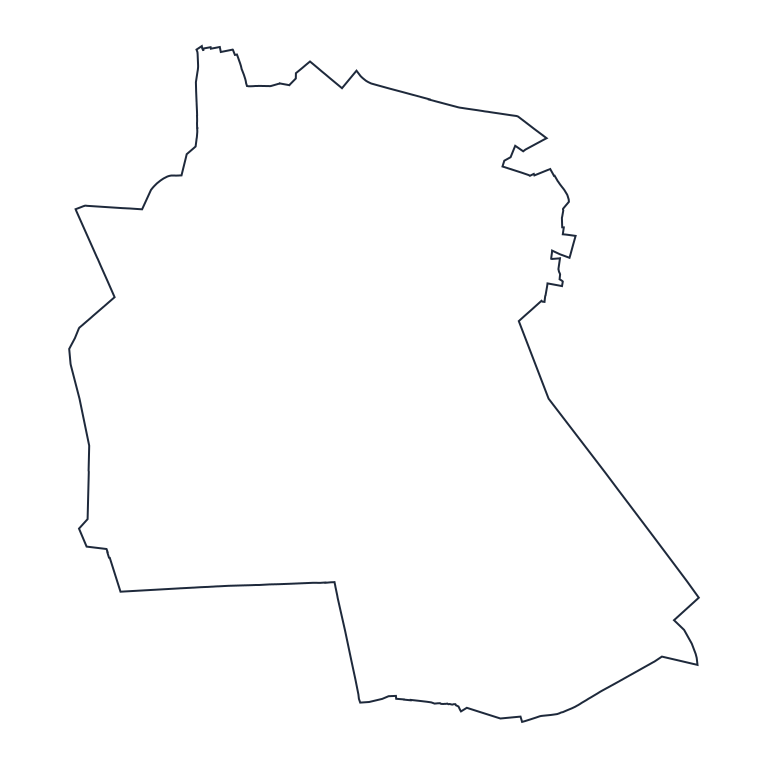 Woensdrecht, Noord-Brabant, Netherlands
{"feature_id": "6326949B40585384070761", "entity_name": "Woensdrecht", "entity_type": "district", "adm_level": 2, "iso_a3": "NLD", "parent_name": "Netherlands", "parent_adm1": "Noord-Brabant", "projection": "mercator", "projection_center": [4.343, 51.411], "detail": "fine", "context": "isolated", "style": "outline", "palette": "slate", "viewbox_px": 768, "rotation_deg": 0, "n_neighbors": 0, "source": "geoboundaries", "source_scale": "gbopen_adm2", "svg_char_len": 5770}
<svg xmlns="http://www.w3.org/2000/svg" viewBox="0 0 768 768"><path d="M120.5,591.7L179.0,588.4L180.2,588.3L182.5,588.2L190.3,587.8L192.1,587.7L194.3,587.6L197.3,587.4L200.7,587.2L205.3,587.0L208.2,586.9L211.3,586.7L213.4,586.6L216.2,586.4L219.2,586.3L221.1,586.2L226.8,585.9L228.9,585.8L242.8,585.4L250.6,585.2L255.7,585.0L259.1,585.0L267.8,584.5L269.7,584.4L278.5,584.2L289.4,583.8L313.1,582.8L313.6,582.8L316.1,582.8L319.9,582.9L320.2,582.9L321.0,582.8L325.4,582.5L325.4,582.8L328.6,582.5L329.6,582.4L330.8,582.3L333.4,582.2L334.5,582.1L334.8,583.6L335.3,586.0L335.4,586.7L337.2,595.3L337.7,598.1L341.2,613.6L345.1,630.8L351.3,660.3L355.4,679.4L358.4,694.4L358.9,698.8L360.2,702.6L369.1,702.0L382.2,698.9L388.6,696.2L395.9,695.9L396.2,698.8L403.9,699.4L403.9,699.6L410.7,700.3L410.7,699.9L420.5,701.0L426.4,701.7L429.4,702.1L431.3,702.4L434.6,703.6L437.7,703.3L439.8,703.2L440.0,703.2L440.1,703.3L440.3,703.5L440.6,703.6L440.9,703.8L441.1,703.8L441.3,703.9L441.5,703.9L443.2,704.0L444.2,703.9L445.4,703.9L446.2,703.8L447.3,703.6L448.1,704.1L448.3,704.2L448.5,704.2L449.8,704.0L450.8,704.3L451.7,704.5L452.3,704.6L453.7,704.2L455.4,704.2L456.0,705.3L457.5,706.0L458.5,706.5L460.1,709.9L461.0,711.4L466.5,708.0L466.8,707.8L479.0,711.7L500.4,718.5L520.5,716.6L522.1,721.9L525.0,721.1L530.7,719.3L532.5,718.7L536.2,717.5L538.8,716.6L540.3,716.1L540.6,716.1L541.1,716.0L541.6,715.9L542.0,715.9L542.5,715.8L550.6,715.0L553.5,714.6L556.3,714.2L556.9,714.1L557.5,714.0L558.4,713.6L559.2,713.4L561.1,712.5L562.9,712.1L566.1,710.7L568.5,709.7L570.2,709.0L571.9,708.3L575.3,706.7L576.8,705.8L577.8,705.3L579.8,704.1L582.1,702.6L583.5,701.8L586.4,700.1L588.4,698.8L591.2,697.2L594.2,695.4L597.4,693.5L600.1,691.8L602.4,690.5L617.2,682.4L626.8,677.0L641.8,668.6L653.4,662.1L654.4,661.6L655.0,661.2L661.9,656.6L678.3,660.4L697.5,664.9L696.7,657.9L695.7,654.0L691.8,643.7L684.1,629.9L674.0,620.2L698.8,597.7L687.0,581.3L665.2,552.2L648.8,530.4L617.6,489.1L605.7,473.2L568.0,424.0L548.6,398.7L518.8,321.1L524.7,315.8L529.8,311.3L541.5,300.8L542.0,301.4L542.3,301.6L542.9,301.7L544.5,301.9L545.2,296.0L545.5,295.6L547.2,285.8L547.5,283.4L558.4,285.4L562.0,286.1L562.8,281.6L562.7,281.4L562.5,281.2L562.1,280.9L561.3,280.3L559.6,279.3L560.1,274.3L560.0,274.0L559.7,273.2L559.0,271.7L558.9,271.3L558.7,270.4L558.6,269.7L558.5,269.4L558.4,269.2L560.0,258.2L559.9,258.2L559.7,258.4L557.9,258.5L552.9,258.9L552.1,259.0L551.6,258.9L551.4,258.8L551.3,258.7L551.2,258.7L551.2,258.3L551.5,255.9L551.9,253.1L552.1,250.6L560.0,254.3L563.3,255.5L569.5,257.8L570.3,255.1L573.1,244.8L575.6,235.9L568.4,234.9L566.1,234.6L565.2,234.5L562.8,234.3L563.8,227.4L562.2,227.3L561.9,217.8L562.2,216.6L563.3,210.4L563.0,209.6L563.1,208.7L565.1,206.3L568.9,201.8L568.7,199.4L567.4,195.2L567.0,194.4L564.4,190.1L563.3,188.6L562.1,187.1L560.8,185.4L560.1,184.5L558.2,181.7L557.7,181.1L557.1,180.0L554.6,175.7L554.0,175.9L553.0,174.0L550.2,169.0L542.3,172.2L534.4,175.4L533.8,173.9L530.3,175.6L529.9,175.8L528.8,175.1L521.5,172.6L502.5,166.5L504.3,160.7L507.2,159.1L510.6,157.2L515.2,145.8L518.0,147.7L523.2,151.3L525.4,149.6L536.7,143.5L539.3,142.1L541.0,141.2L542.6,140.3L546.6,138.2L533.8,128.6L529.4,125.2L518.8,117.1L517.8,116.4L517.7,116.4L516.5,116.0L510.7,115.2L507.4,114.7L499.4,113.5L493.2,112.6L490.5,112.2L488.1,111.8L484.8,111.4L482.6,111.0L477.4,110.2L466.9,108.7L461.7,107.9L459.6,107.6L457.8,107.2L456.4,106.8L452.2,105.7L429.2,99.6L429.4,99.3L410.5,94.2L402.4,92.0L389.6,88.6L378.0,85.4L371.2,83.5L369.3,82.6L367.7,81.8L365.9,80.7L364.9,79.9L363.4,78.7L362.7,78.1L361.7,77.2L360.5,76.0L356.5,70.7L342.0,88.2L335.6,82.9L329.7,78.0L325.8,74.7L321.9,71.5L318.5,68.6L312.9,63.9L312.4,63.5L310.0,61.5L306.0,64.8L302.0,68.2L295.9,73.2L295.9,74.4L295.8,78.5L289.8,84.6L289.4,85.2L289.0,85.1L280.2,83.5L280.0,83.4L279.9,83.4L279.8,83.5L279.7,83.4L279.6,83.5L279.3,83.6L271.7,85.8L271.4,85.9L271.2,85.9L271.0,86.0L270.8,86.0L270.5,86.1L270.3,86.1L270.2,86.1L269.8,86.1L269.1,86.1L263.6,86.0L258.3,85.9L257.8,86.0L256.3,86.0L255.4,86.0L252.8,86.2L249.1,86.3L248.0,86.2L247.4,86.0L247.0,86.0L246.1,83.2L245.8,81.3L245.8,81.2L245.3,79.2L243.9,74.8L242.0,69.9L241.7,69.3L241.0,66.2L240.1,63.3L239.2,60.8L238.3,58.2L237.6,56.3L237.3,55.4L236.9,54.5L236.2,54.7L234.9,54.9L232.9,49.8L232.7,49.6L230.3,50.1L220.8,52.0L219.8,47.0L210.9,48.7L210.6,47.2L203.5,48.5L203.5,48.9L203.3,50.8L202.7,49.1L202.3,48.7L202.1,47.7L201.8,46.1L196.5,49.6L197.0,50.9L197.3,51.7L197.5,52.6L197.5,53.2L197.6,53.7L198.1,65.4L198.1,67.0L198.0,68.1L197.8,70.0L197.5,71.7L195.9,82.2L196.1,89.6L196.1,90.6L196.6,102.9L196.4,103.0L196.6,103.0L197.0,111.7L197.1,115.4L197.0,115.5L197.1,118.8L197.1,121.5L197.0,123.1L197.1,126.9L197.1,127.3L197.1,128.2L197.4,128.3L197.2,128.7L197.3,131.8L196.9,136.8L196.7,138.3L196.5,139.1L196.5,139.6L195.6,146.5L193.1,148.7L186.7,154.2L185.8,158.0L181.5,175.4L181.4,175.4L178.9,175.5L176.5,175.6L172.4,175.5L171.6,175.5L170.9,175.6L169.8,175.8L168.6,176.1L167.2,176.6L164.7,177.9L163.7,178.4L162.6,179.1L160.4,180.6L158.9,181.8L156.9,183.4L155.8,184.5L154.3,186.0L153.2,187.2L152.6,187.9L151.8,188.9L151.0,189.9L142.1,209.3L141.8,209.3L130.0,208.5L122.0,208.1L86.6,205.8L86.2,205.7L85.8,205.7L85.5,205.7L85.1,205.7L84.9,205.7L84.5,205.9L84.0,206.0L83.4,206.2L80.1,207.5L75.6,209.2L76.4,211.2L97.2,257.9L97.7,258.8L100.2,264.6L100.5,265.3L107.5,281.0L113.3,294.2L114.6,297.2L111.6,299.8L103.3,307.0L95.9,313.4L93.1,315.8L91.1,317.6L79.8,327.3L79.5,327.5L79.4,327.7L79.1,328.1L78.9,328.3L78.8,328.6L75.1,337.7L75.0,338.0L69.2,348.9L70.5,363.3L70.6,364.1L70.8,365.1L79.5,398.7L89.2,445.7L88.6,470.7L88.8,471.7L88.1,499.1L87.6,519.1L79.0,528.6L86.6,546.6L106.5,549.0L107.0,550.3L107.6,552.1L107.3,552.2L109.0,557.7L109.3,557.9L109.8,557.9L120.5,591.7Z" fill="none" stroke="#1e293b" stroke-width="2"/></svg>